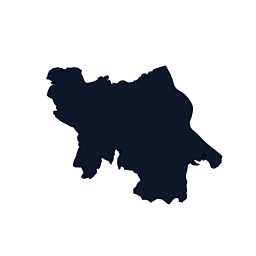 the district of Sichevita, Caras-Severin, Romania, rotated 235°
{"feature_id": "2599482B13579040818065", "entity_name": "Sichevita", "entity_type": "district", "adm_level": 2, "iso_a3": "ROU", "parent_name": "Romania", "parent_adm1": "Caras-Severin", "projection": "natural_earth1", "projection_center": [21.828, 44.711], "detail": "fine", "context": "isolated", "style": "filled", "palette": "ink", "viewbox_px": 256, "rotation_deg": 235, "n_neighbors": 0, "source": "geoboundaries", "source_scale": "gbopen_adm2", "svg_char_len": 5783}
<svg xmlns="http://www.w3.org/2000/svg" viewBox="0 0 256 256"><g transform="rotate(235 128 128)"><path d="M51.0,188.4L54.8,187.6L64.5,184.6L71.4,182.7L74.2,182.1L83.1,180.8L88.9,179.3L91.6,178.9L93.2,179.1L96.0,180.1L96.9,180.6L98.6,182.1L101.5,186.4L103.9,189.1L106.0,191.0L107.4,192.1L109.6,193.1L112.9,193.7L114.6,193.8L117.4,193.8L120.7,193.5L124.4,192.7L130.5,190.1L131.8,189.7L133.6,189.5L135.1,189.5L137.7,190.0L142.3,191.6L146.2,192.6L149.6,193.2L157.2,193.9L160.5,183.4L160.5,182.1L159.7,180.4L159.9,179.7L160.8,178.8L161.2,177.9L161.2,177.3L159.8,173.8L160.1,173.1L161.1,173.3L162.1,173.3L163.0,171.8L163.4,170.3L163.0,169.4L161.8,168.3L162.4,167.0L162.4,166.2L161.7,163.9L161.7,162.1L162.6,160.0L162.2,158.2L162.3,157.1L162.9,156.8L163.3,156.3L163.7,155.2L164.1,154.4L166.0,152.8L168.3,151.8L169.3,150.9L170.2,149.1L170.4,147.4L170.2,146.0L170.0,144.7L170.5,143.8L172.9,141.4L171.8,140.4L171.7,139.6L173.8,138.9L174.8,139.0L176.2,139.7L177.3,139.9L177.9,139.6L177.8,137.7L180.1,137.4L181.0,137.9L181.0,138.5L179.9,139.3L181.1,141.0L182.2,141.0L182.6,140.3L182.7,139.6L183.0,138.9L183.0,138.3L182.3,137.1L182.6,136.4L184.1,136.1L185.2,135.2L185.3,134.9L185.5,133.7L185.5,132.5L185.2,131.8L184.7,131.4L184.2,130.8L184.6,129.1L185.5,125.1L186.1,123.6L187.5,120.6L188.3,119.2L188.6,119.0L189.4,118.7L190.5,118.6L193.6,119.1L196.6,120.0L198.5,119.9L199.6,120.3L200.5,120.9L201.1,121.4L201.3,122.0L201.7,122.5L202.7,122.0L205.0,121.2L206.4,120.3L208.7,117.4L209.4,115.8L210.3,114.2L211.5,113.2L211.5,111.7L210.9,111.1L210.2,111.1L209.5,110.8L209.5,110.5L209.6,110.1L209.8,110.0L210.6,110.3L211.2,110.2L211.7,109.7L212.1,109.2L212.5,107.3L213.6,108.2L214.4,108.0L215.4,106.5L217.5,104.9L217.8,103.7L218.5,102.3L219.2,100.4L219.3,98.8L219.4,96.7L218.5,95.0L215.8,91.3L215.2,90.2L214.5,90.3L213.5,91.6L212.4,92.4L209.7,93.0L208.8,93.9L208.4,94.2L208.1,92.9L208.8,91.4L207.9,91.3L206.7,93.0L206.2,92.7L205.7,92.0L205.6,91.2L205.9,90.1L206.0,88.0L205.0,86.3L204.1,84.5L201.2,81.0L199.0,81.4L198.0,81.9L196.0,83.1L195.0,83.3L192.6,82.9L190.3,82.2L188.6,82.3L186.5,82.7L186.0,82.3L185.9,81.4L185.1,81.1L182.4,80.8L181.9,80.2L183.7,77.2L183.8,76.5L183.1,76.3L182.6,75.8L181.7,75.7L181.0,76.1L180.0,76.2L178.9,75.6L178.3,75.6L175.1,76.7L174.4,76.6L170.2,78.4L165.7,80.9L162.7,82.2L160.1,84.2L159.6,84.4L155.5,84.4L153.4,84.8L151.1,84.7L150.3,84.1L149.7,82.2L149.1,81.5L148.4,81.2L148.0,81.3L147.4,80.9L147.1,80.5L146.3,80.3L145.2,80.4L144.0,80.3L143.7,79.9L143.7,79.5L142.5,78.3L141.8,78.0L140.9,78.2L139.7,77.4L139.2,76.6L138.7,76.2L138.8,75.4L138.2,74.9L136.0,71.7L134.3,70.0L133.6,68.6L132.5,67.0L132.0,65.7L129.5,62.8L128.5,62.1L127.3,62.2L126.7,62.7L125.3,64.4L125.0,65.0L124.0,66.0L123.9,66.3L124.0,66.6L123.9,66.9L123.5,67.1L123.4,67.3L121.7,67.6L121.1,67.5L120.2,67.7L119.8,67.2L118.9,67.2L116.8,66.5L115.7,65.7L115.3,64.9L115.4,63.7L115.2,63.5L114.8,62.3L114.6,62.2L113.0,62.5L112.6,62.8L111.8,63.9L111.5,64.7L111.3,65.6L110.3,67.8L109.3,68.2L108.6,67.9L108.4,68.7L108.4,69.6L108.8,70.1L109.0,70.3L108.6,71.1L108.7,72.0L108.9,72.8L109.3,73.3L109.4,75.2L109.6,75.9L110.2,76.8L111.8,77.6L112.7,78.0L113.0,78.0L113.0,78.5L113.3,78.9L113.0,80.0L112.1,80.6L112.2,81.9L112.4,82.2L113.1,82.6L113.2,83.2L113.6,83.8L114.5,84.7L114.8,84.9L115.0,84.8L115.5,85.4L115.8,86.5L116.1,86.9L116.4,86.8L116.8,87.1L117.1,87.1L117.4,87.3L117.8,87.4L118.3,87.2L118.6,87.5L118.9,88.2L118.8,88.7L119.1,89.8L118.7,90.1L118.4,90.6L117.4,90.9L117.2,91.1L116.6,91.1L115.5,91.7L114.9,92.3L114.1,92.4L113.2,93.4L111.8,94.0L110.6,93.9L109.6,93.5L108.7,93.7L109.6,94.8L109.9,96.1L111.1,96.6L111.2,97.0L110.7,97.4L112.0,98.5L112.8,98.8L113.6,99.5L114.5,101.5L114.9,101.9L116.1,102.4L116.7,103.3L117.5,104.0L118.0,105.0L117.4,106.7L117.5,107.0L117.0,107.2L115.7,107.2L115.5,106.9L115.1,107.5L115.0,108.2L115.1,108.6L114.8,108.5L114.4,108.0L114.1,107.6L113.3,107.2L113.4,108.1L113.6,108.7L114.0,109.1L113.7,109.2L112.9,109.0L112.6,108.2L111.7,106.9L110.8,106.4L110.1,105.8L109.3,104.1L108.7,102.4L105.5,99.9L104.1,99.0L102.7,98.6L101.3,98.3L100.6,97.8L99.7,97.5L99.7,98.3L101.6,100.2L102.0,100.7L100.6,101.2L99.2,102.2L97.9,102.5L97.1,102.3L96.4,101.9L95.3,102.8L95.2,103.6L93.3,105.0L92.2,106.3L91.6,107.4L91.0,107.9L89.7,108.2L88.1,108.3L87.5,108.5L86.8,109.1L86.0,109.6L84.5,110.1L81.9,109.4L78.5,109.3L77.5,108.7L76.9,107.0L76.5,103.4L75.5,102.6L74.9,101.4L74.6,100.0L74.4,98.0L73.8,97.3L72.2,96.2L71.4,95.8L70.5,96.5L68.0,98.1L64.9,99.6L63.3,99.7L61.3,99.2L60.5,100.6L59.5,101.9L57.7,103.4L56.1,104.0L54.8,104.1L54.4,104.6L54.2,109.9L53.4,112.6L51.5,114.5L49.7,115.8L45.0,117.2L43.0,117.9L42.5,118.7L43.3,120.1L43.4,121.0L43.5,121.9L44.0,123.0L44.1,124.4L44.4,125.7L44.3,126.3L43.6,127.6L44.1,127.9L43.5,128.4L42.6,129.0L42.8,129.9L42.2,130.0L41.7,129.4L39.7,129.3L39.2,128.7L38.5,128.2L37.7,129.8L36.6,130.0L37.0,130.9L36.9,131.1L37.1,133.5L37.0,134.0L37.0,134.7L37.2,135.1L37.8,134.9L37.8,136.0L38.5,136.2L39.8,137.3L42.0,138.3L42.7,139.5L44.5,140.6L48.2,142.6L49.0,143.9L50.2,144.9L52.7,145.7L55.0,146.7L56.2,147.5L61.0,152.8L63.9,155.5L64.9,157.2L64.1,157.4L64.1,158.8L64.3,159.2L64.3,159.6L63.6,160.1L62.8,159.8L61.6,160.0L60.2,161.1L58.2,163.5L57.9,164.5L59.8,163.2L60.7,162.9L61.7,163.2L62.0,162.6L61.9,161.7L65.1,163.8L65.0,164.3L63.5,165.6L60.0,167.7L60.1,169.2L60.6,170.0L61.0,168.8L61.6,169.0L61.6,169.6L61.3,170.1L61.2,171.1L61.8,172.1L63.2,173.1L63.4,173.9L63.1,175.0L61.9,176.2L61.2,176.5L60.5,176.3L60.2,176.0L61.2,175.4L61.6,174.9L61.9,174.3L61.5,174.3L61.1,174.1L61.2,172.4L60.1,172.3L59.8,171.5L59.2,171.2L58.5,171.7L58.8,172.3L58.9,172.9L57.7,174.0L56.2,174.8L53.1,175.3L51.5,175.1L48.6,174.1L47.4,174.3L46.1,175.3L45.9,175.9L45.7,176.5L45.8,177.9L45.3,179.4L46.1,181.6L46.3,182.9L46.4,184.0L48.0,185.5L49.1,185.8L51.0,188.4Z" fill="#0f172a" stroke="#020617" stroke-width="1.5"/></g></svg>